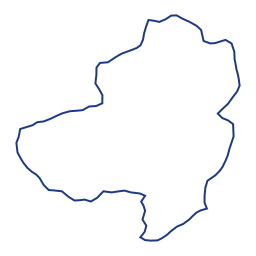 Vargem Alegre, Minas Gerais, Brazil
{"feature_id": "56859067B29646680816538", "entity_name": "Vargem Alegre", "entity_type": "district", "adm_level": 2, "iso_a3": "BRA", "parent_name": "Brazil", "parent_adm1": "Minas Gerais", "projection": "albers", "projection_center": [-42.322, -19.604], "detail": "fine", "context": "isolated", "style": "outline", "palette": "blue", "viewbox_px": 256, "rotation_deg": 0, "n_neighbors": 0, "source": "geoboundaries", "source_scale": "gbopen_adm2", "svg_char_len": 1490}
<svg xmlns="http://www.w3.org/2000/svg" viewBox="0 0 256 256"><path d="M206.9,208.6L204.5,202.4L204.6,195.6L205.3,188.1L207.4,180.8L215.2,175.4L219.6,171.0L222.6,166.8L225.6,160.6L227.7,155.4L229.5,148.7L231.5,142.7L233.6,136.5L233.1,124.1L227.9,120.3L222.4,118.1L217.8,113.6L221.9,109.5L228.0,103.8L232.8,97.1L237.1,91.5L239.6,85.7L238.9,80.1L237.9,74.5L236.5,69.5L235.6,64.2L234.6,59.1L234.3,51.8L231.6,43.5L225.5,39.9L219.9,41.6L215.2,43.1L210.2,43.4L203.6,41.0L201.1,30.0L196.7,25.9L189.4,21.8L182.7,18.8L176.6,15.4L171.2,15.6L165.9,19.1L159.4,21.9L153.7,20.7L148.5,20.0L146.1,26.6L144.1,33.4L143.0,39.7L140.5,45.3L136.7,48.0L131.1,50.2L125.8,52.1L121.1,53.9L116.0,56.9L107.9,62.3L100.0,62.9L96.5,67.6L96.4,74.8L95.4,83.4L99.0,89.0L102.4,95.2L102.3,103.3L96.2,106.0L89.1,106.5L82.8,110.1L77.2,110.7L70.0,111.2L62.4,113.3L56.3,116.0L50.7,118.7L43.9,121.4L37.3,122.2L32.6,125.2L27.1,126.9L20.2,129.0L18.7,136.8L16.4,142.8L17.5,152.4L20.8,158.6L23.5,162.9L27.4,167.9L32.0,171.9L36.0,174.4L39.5,177.9L43.6,184.9L48.7,190.0L54.8,190.5L61.9,191.3L68.8,197.0L74.5,200.5L79.7,200.2L84.6,199.6L90.9,201.5L97.2,197.8L103.4,191.3L111.7,192.4L118.9,191.3L124.5,190.6L131.0,192.4L140.0,193.5L145.1,195.8L141.2,201.6L143.6,205.9L145.1,210.8L142.5,219.6L146.3,225.6L144.8,231.6L140.4,237.3L145.1,240.1L150.6,240.6L157.5,240.4L161.8,238.3L167.0,234.8L171.2,231.0L176.8,226.7L183.2,223.9L189.4,219.4L192.8,215.9L196.7,212.4L200.9,210.3L206.9,208.6Z" fill="none" stroke="#1e3a8a" stroke-width="2"/></svg>